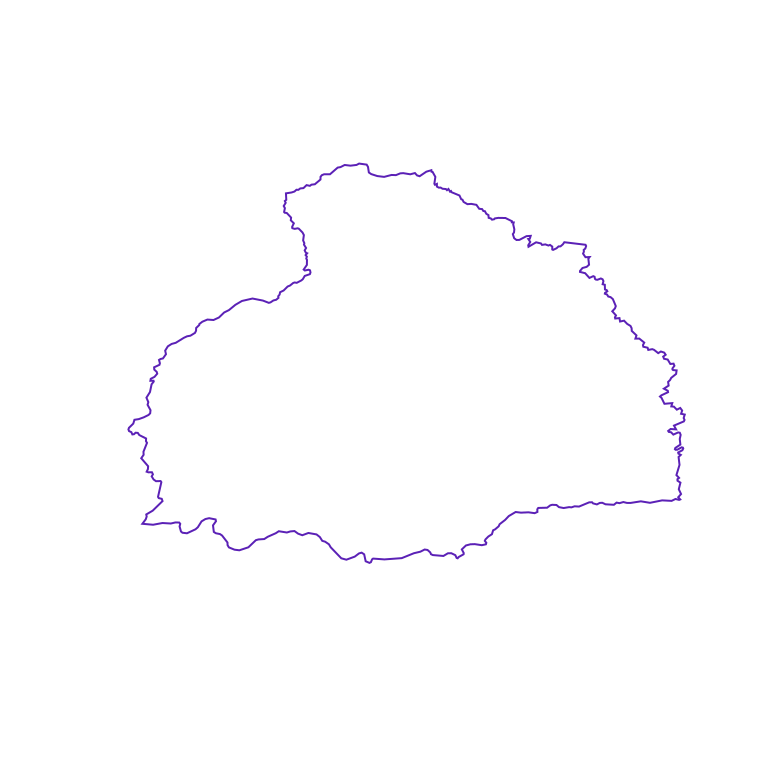 outline of Mercaderes, Cauca, Colombia, rotated 248°
{"feature_id": "7082276B43653558961889", "entity_name": "Mercaderes", "entity_type": "district", "adm_level": 2, "iso_a3": "COL", "parent_name": "Colombia", "parent_adm1": "Cauca", "projection": "equal_earth", "projection_center": [-77.166, 1.806], "detail": "fine", "context": "isolated", "style": "outline", "palette": "violet", "viewbox_px": 768, "rotation_deg": 248, "n_neighbors": 0, "source": "geoboundaries", "source_scale": "gbopen_adm2", "svg_char_len": 6166}
<svg xmlns="http://www.w3.org/2000/svg" viewBox="0 0 768 768"><g transform="rotate(248 384 384)"><path d="M344.9,107.6L340.0,117.2L338.1,126.5L334.5,134.1L333.8,138.6L332.3,142.2L330.7,142.7L328.5,141.1L323.3,140.5L321.6,141.4L319.4,145.4L319.9,154.8L320.9,157.7L325.0,163.4L325.7,167.8L325.1,171.6L321.5,177.1L319.7,176.8L317.0,172.5L310.6,170.8L308.6,172.2L306.3,175.7L304.2,177.1L295.7,179.5L293.2,178.6L290.6,179.0L286.4,183.3L284.0,187.6L283.4,197.1L287.2,206.7L286.9,209.4L285.1,214.9L285.9,219.0L286.2,227.8L286.9,231.3L282.7,238.3L282.4,241.9L281.2,245.9L277.4,248.3L274.4,251.6L274.2,258.1L269.8,265.1L266.1,267.2L261.7,268.0L259.9,270.3L256.0,272.9L252.6,273.4L238.4,279.1L235.2,283.3L234.9,292.2L236.3,297.4L236.0,300.1L233.5,301.8L226.5,300.6L223.6,303.5L223.7,305.1L225.9,307.3L226.2,308.5L221.2,318.7L215.9,335.2L215.9,348.3L214.9,354.9L215.3,359.7L213.8,362.2L210.5,363.8L208.6,363.8L207.1,365.2L202.3,374.7L203.1,379.8L201.9,383.0L198.6,386.0L195.5,386.2L194.8,387.0L195.6,388.4L196.3,394.0L197.4,394.6L201.5,394.2L203.6,399.5L203.0,404.1L201.5,408.2L197.9,414.3L197.2,418.4L198.4,419.4L200.8,418.7L201.9,419.9L203.5,423.6L204.3,427.8L207.5,430.4L207.6,432.5L209.1,437.0L210.7,438.7L212.6,445.4L214.8,450.2L216.0,458.1L213.4,462.8L210.9,469.9L207.8,475.3L207.9,478.3L210.4,479.2L211.3,480.6L208.2,488.9L209.2,492.7L209.0,494.7L207.2,498.6L204.3,500.1L201.7,504.1L200.5,509.5L199.4,511.6L199.2,514.9L197.3,518.9L197.4,529.9L196.4,532.6L195.0,533.1L192.6,536.3L192.9,539.5L192.1,541.9L189.5,544.3L185.9,551.9L186.9,555.2L185.3,557.7L184.9,561.7L182.8,564.6L181.4,567.9L179.0,578.2L174.2,586.1L171.9,598.3L167.9,606.9L168.2,611.2L166.0,614.2L166.0,615.4L168.8,614.4L170.7,618.2L176.0,617.9L181.5,621.9L184.4,619.9L185.8,620.4L186.4,622.4L190.0,621.0L198.3,627.7L206.0,629.8L207.1,632.6L209.2,630.9L210.3,631.1L210.8,635.8L212.1,637.3L213.0,637.3L213.8,636.3L213.2,631.3L213.8,629.7L214.6,629.3L215.6,630.2L216.8,636.1L222.2,637.6L225.7,640.0L228.0,640.0L228.9,638.6L228.7,633.3L231.7,632.1L232.9,630.1L234.0,629.9L234.9,632.9L232.5,637.8L236.8,637.3L237.0,648.0L238.1,649.2L240.2,649.1L243.0,651.4L245.1,648.3L247.7,650.5L250.8,649.7L250.5,645.9L254.4,644.3L255.6,642.0L258.3,644.1L260.6,636.6L267.3,636.1L269.0,635.2L269.6,636.9L270.0,644.3L271.4,644.6L274.8,641.8L275.9,647.3L279.5,648.2L280.5,650.7L282.1,652.6L283.9,658.6L287.0,660.4L288.6,657.3L289.4,656.9L290.4,657.3L292.1,660.1L294.4,660.1L295.3,657.0L300.4,656.2L302.5,653.1L304.8,653.1L305.6,656.1L308.1,655.6L310.4,652.9L309.9,649.8L314.5,647.2L315.8,645.8L316.6,641.8L318.9,642.0L321.4,638.4L323.1,638.7L324.9,640.8L330.5,637.7L331.9,634.1L334.5,636.3L340.4,633.6L343.0,634.5L345.5,634.3L348.6,632.0L352.8,630.3L353.5,626.3L356.9,627.0L358.1,622.9L359.3,623.1L360.7,624.8L365.9,622.9L367.6,626.5L369.4,628.1L377.0,628.0L379.7,626.6L381.1,624.7L383.4,624.3L385.0,622.6L385.7,623.1L386.3,625.8L387.5,625.7L388.9,624.3L393.3,625.9L394.6,624.1L397.2,626.0L399.2,625.9L400.6,624.6L400.7,620.9L401.4,619.6L402.4,619.0L404.6,619.4L405.6,618.4L405.4,614.2L411.4,612.0L414.5,607.7L415.4,608.1L417.2,611.5L416.7,615.8L417.8,618.8L423.6,620.4L424.7,622.2L426.1,618.3L430.3,617.4L431.8,618.9L433.5,619.4L434.2,621.4L436.2,623.1L437.6,623.0L447.9,604.3L446.5,602.2L445.5,599.2L446.2,597.4L445.2,594.8L445.0,591.0L445.7,590.4L448.4,591.5L450.8,590.0L450.8,588.3L453.0,585.9L453.8,582.6L455.5,582.2L458.4,578.1L457.1,569.4L458.6,569.7L460.9,572.8L464.4,572.1L464.1,573.6L466.4,575.5L467.7,571.5L466.9,563.5L467.9,560.8L470.4,559.3L474.7,559.6L475.8,561.3L478.6,562.8L483.6,563.6L485.2,564.8L486.0,563.1L487.0,563.6L492.4,558.8L495.2,552.2L496.0,548.8L495.5,547.9L495.9,545.7L497.6,545.0L498.8,543.3L501.5,544.1L503.5,542.6L506.4,542.3L507.2,540.9L509.4,540.5L510.8,537.9L515.5,536.8L518.3,532.4L519.5,528.7L523.0,526.0L525.5,525.8L526.4,524.8L530.5,524.6L536.5,518.5L537.8,518.4L537.6,517.3L540.7,516.8L540.1,515.0L541.6,514.4L543.1,511.4L544.9,510.1L545.5,508.4L547.2,507.0L549.7,508.0L549.6,505.9L550.8,505.7L556.8,509.2L562.4,508.5L563.0,507.6L564.5,508.0L565.0,502.8L563.3,494.9L565.0,492.8L568.0,491.7L568.6,486.9L572.3,480.8L573.2,478.0L573.2,473.3L575.0,469.3L576.0,461.7L579.3,455.7L583.4,450.8L585.8,449.2L591.3,450.5L593.9,450.1L597.7,443.5L597.4,440.6L599.0,434.7L601.8,429.6L601.4,424.9L602.0,422.1L598.7,412.5L600.9,407.0L600.9,404.6L599.9,402.8L597.4,401.7L595.1,394.7L596.0,391.4L595.5,389.5L597.4,386.7L595.8,382.7L596.7,379.6L596.1,377.4L596.9,375.6L596.0,373.1L596.2,370.1L597.5,364.5L591.4,362.4L590.8,360.6L588.8,360.7L586.6,357.7L584.2,358.0L580.9,355.8L580.0,356.1L579.0,357.9L573.1,360.2L570.7,358.9L566.8,360.6L564.0,357.6L562.8,357.4L561.3,359.3L560.7,362.3L559.9,363.2L555.0,365.2L552.1,365.5L547.4,362.8L544.4,362.9L543.2,362.0L539.3,362.7L537.6,360.5L535.0,360.7L534.0,361.7L532.9,359.6L531.0,360.2L529.4,358.9L528.0,359.1L523.3,357.1L520.2,352.4L518.9,353.1L518.2,356.9L517.1,358.0L514.9,357.6L513.6,356.4L513.9,351.0L511.6,348.0L511.0,346.2L510.5,341.0L511.6,339.2L511.7,337.7L510.5,333.7L510.5,331.2L508.3,326.0L508.0,322.0L506.0,320.7L505.0,318.8L503.4,318.4L502.5,315.6L502.9,312.7L502.2,309.4L502.4,307.6L506.7,303.0L512.5,294.1L514.2,283.4L513.1,275.9L510.6,267.9L510.2,262.6L507.5,255.9L507.2,249.9L509.9,244.4L509.8,238.9L508.8,235.3L507.9,234.8L506.3,230.8L503.8,229.7L502.2,227.9L501.3,222.6L502.0,219.3L501.8,215.7L500.2,206.3L500.7,202.1L499.9,197.7L496.9,193.6L493.3,193.0L490.5,188.6L490.9,186.2L490.6,184.4L487.2,184.0L485.9,183.0L485.6,177.1L483.4,176.4L480.4,177.8L478.5,177.6L476.6,173.9L476.2,169.7L474.5,168.6L473.4,171.5L472.5,171.4L470.8,168.4L464.2,164.0L460.3,158.6L455.5,158.7L453.3,157.0L447.2,157.7L444.4,156.2L443.5,154.1L443.1,148.7L443.3,143.5L444.3,139.2L441.2,136.7L438.9,131.1L437.6,130.0L435.8,130.0L434.0,131.7L431.5,131.8L431.1,133.4L431.9,135.4L430.9,137.4L428.3,138.0L422.6,143.0L420.2,141.9L418.2,142.2L411.3,135.6L408.4,134.6L406.1,131.1L396.1,134.5L393.5,133.2L391.6,131.1L390.4,132.4L389.1,135.8L386.8,135.9L385.4,134.0L381.8,134.6L379.3,136.2L377.7,140.5L376.4,140.8L364.0,132.2L362.6,132.4L360.8,134.9L358.4,134.8L353.2,122.1L352.1,114.7L350.0,114.3L347.8,112.4L344.9,107.6Z" fill="none" stroke="#5b21b6" stroke-width="2"/></g></svg>